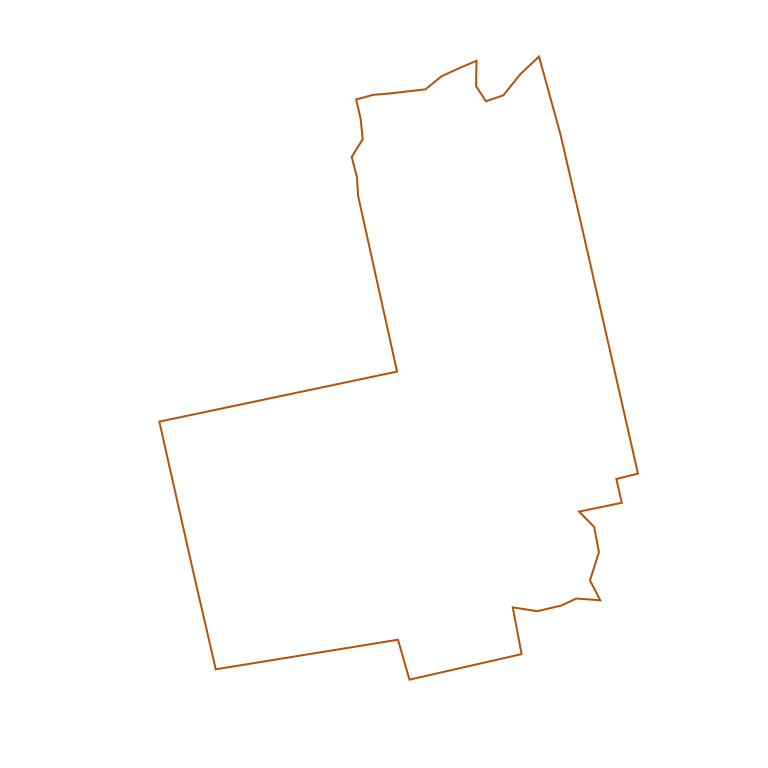 outline of Westfália, Rio Grande do Sul, Brazil, rotated 167°
{"feature_id": "56859067B19454431419247", "entity_name": "Westfália", "entity_type": "district", "adm_level": 2, "iso_a3": "BRA", "parent_name": "Brazil", "parent_adm1": "Rio Grande do Sul", "projection": "orthographic", "projection_center": [-51.754, -29.413], "detail": "fine", "context": "isolated", "style": "outline", "palette": "amber", "viewbox_px": 768, "rotation_deg": 167, "n_neighbors": 0, "source": "geoboundaries", "source_scale": "gbopen_adm2", "svg_char_len": 643}
<svg xmlns="http://www.w3.org/2000/svg" viewBox="0 0 768 768"><g transform="rotate(167 384 384)"><path d="M425.7,90.2L310.7,89.9L308.8,137.4L285.9,128.2L261.5,128.2L244.8,131.7L221.9,124.6L227.5,146.3L212.4,171.8L211.4,197.4L222.6,215.8L179.0,214.8L179.0,239.2L156.7,239.6L155.9,491.5L155.9,567.1L155.9,587.3L159.3,668.2L181.2,655.4L202.8,638.4L221.1,636.6L227.3,653.7L221.1,678.1L237.4,675.3L258.5,671.0L277.3,661.8L312.2,665.7L329.5,668.2L347.1,667.5L347.1,648.0L349.6,627.4L364.4,612.5L363.8,591.6L366.9,573.5L368.5,393.2L611.4,397.9L612.1,248.5L612.1,143.9L427.9,131.7L425.7,90.2Z" fill="none" stroke="#b45309" stroke-width="2"/></g></svg>